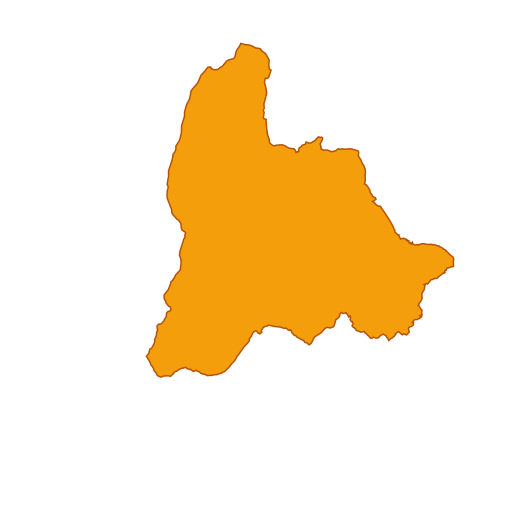 Viseu De Jos, Maramures, Romania, rotated 313°
{"feature_id": "2599482B83061776442061", "entity_name": "Viseu De Jos", "entity_type": "district", "adm_level": 2, "iso_a3": "ROU", "parent_name": "Romania", "parent_adm1": "Maramures", "projection": "natural_earth1", "projection_center": [24.351, 47.741], "detail": "fine", "context": "isolated", "style": "filled", "palette": "amber", "viewbox_px": 512, "rotation_deg": 313, "n_neighbors": 0, "source": "geoboundaries", "source_scale": "gbopen_adm2", "svg_char_len": 6159}
<svg xmlns="http://www.w3.org/2000/svg" viewBox="0 0 512 512"><g transform="rotate(313 256 256)"><path d="M383.1,407.6L385.9,404.6L388.5,402.8L389.6,400.8L389.2,396.8L389.6,390.4L389.0,388.4L388.7,385.6L388.1,384.2L388.2,383.2L387.2,381.8L386.4,379.6L385.9,379.2L384.9,377.4L384.3,377.2L384.2,376.2L383.4,375.7L383.2,375.1L382.0,374.4L379.8,371.1L379.6,370.4L378.1,369.0L375.7,367.7L375.5,367.2L374.6,367.1L374.5,366.4L374.0,365.8L372.4,365.0L372.2,363.6L371.5,362.1L370.9,361.7L372.6,361.3L372.8,361.0L371.3,361.0L370.7,360.6L370.8,359.6L370.5,359.3L370.8,359.3L370.5,358.6L370.7,357.7L370.3,356.3L371.1,356.9L370.6,354.1L370.1,353.5L370.0,352.6L369.3,351.6L367.0,350.0L368.4,346.4L368.9,346.3L368.1,345.0L368.4,343.3L368.1,341.9L368.3,341.2L369.7,339.7L369.7,338.8L370.9,336.5L373.1,330.0L375.4,320.9L376.6,315.1L377.2,313.3L377.0,312.6L376.4,312.1L375.6,310.6L375.5,307.2L375.9,306.0L375.3,304.0L379.3,305.1L380.0,303.6L379.0,300.9L380.0,298.6L380.2,296.7L381.8,294.2L383.0,290.2L383.3,288.2L383.0,287.6L383.1,286.7L382.7,286.2L385.6,284.5L390.2,280.1L391.3,279.5L393.7,277.0L395.7,273.1L396.1,270.8L398.0,266.6L398.5,264.2L399.0,263.0L399.4,262.3L402.0,260.3L402.5,259.0L402.3,258.2L401.6,257.5L400.7,255.1L398.8,252.0L394.6,248.0L393.1,245.9L391.2,244.5L390.5,243.0L387.5,242.6L384.1,240.3L383.5,239.7L383.3,238.6L382.0,235.7L379.5,233.3L379.3,232.2L378.6,231.0L378.7,230.7L380.8,228.2L381.6,226.5L386.7,225.1L387.8,224.0L387.7,223.0L386.7,222.2L385.8,220.6L385.4,220.3L381.2,220.4L376.2,219.1L375.3,218.4L374.3,217.1L373.6,214.9L371.4,215.9L368.5,214.2L367.0,214.5L364.4,213.9L362.5,215.0L361.8,215.9L361.3,216.0L360.9,215.9L360.5,215.0L359.1,214.7L360.2,212.3L360.4,210.6L359.5,209.8L357.2,206.1L356.8,204.7L356.5,202.4L355.2,199.3L351.6,195.9L348.8,193.9L348.3,192.9L347.9,189.4L348.4,188.4L350.4,185.8L352.3,182.3L353.8,180.1L358.8,174.2L360.6,172.6L360.9,171.7L362.9,170.4L361.7,167.8L362.7,166.7L366.7,163.9L367.1,162.5L368.0,161.8L369.9,161.1L372.7,157.9L374.9,156.9L382.1,152.9L383.2,151.8L385.9,148.3L388.8,143.7L392.1,141.6L393.4,143.0L395.0,143.5L402.2,140.3L401.9,138.3L402.2,137.7L404.4,135.1L408.2,132.1L410.1,126.5L410.5,124.1L410.0,120.3L410.5,118.0L409.9,116.6L408.0,114.0L406.9,110.0L405.9,107.5L403.3,104.1L401.1,99.9L398.6,100.8L393.5,101.5L391.4,102.3L387.8,104.5L386.3,105.1L385.0,104.9L380.6,102.2L378.6,101.6L371.3,102.0L370.0,101.4L366.4,100.8L364.0,98.7L362.6,96.1L362.9,95.3L362.6,94.9L363.2,94.1L362.5,92.9L361.1,92.0L356.4,92.5L350.8,92.5L343.0,95.3L332.7,95.8L326.0,100.1L319.1,102.1L312.3,105.7L309.5,108.4L300.6,112.7L294.8,117.7L289.2,120.8L287.0,121.5L282.1,122.3L278.9,124.9L276.8,125.6L273.7,126.0L272.2,127.2L268.2,129.6L258.7,133.9L254.8,137.6L247.8,142.1L246.6,144.8L242.4,147.1L237.8,151.5L232.3,162.8L230.1,165.2L229.5,167.2L229.0,173.3L229.5,175.0L229.1,175.7L228.6,178.7L224.7,183.4L224.6,184.6L225.2,188.2L224.9,188.7L222.9,189.6L221.3,191.3L219.5,191.5L207.6,197.2L204.4,199.4L202.7,202.8L201.8,204.0L199.3,206.4L194.1,210.1L186.9,210.2L184.5,211.1L182.3,211.3L181.7,211.6L180.5,211.7L179.8,211.3L179.3,211.3L177.1,212.6L171.6,214.8L165.0,215.3L162.6,217.4L161.6,219.4L161.4,221.0L160.4,222.0L159.7,226.3L160.2,227.7L159.4,230.0L157.0,230.6L155.5,229.6L153.8,229.3L151.9,230.5L150.6,231.7L147.3,232.2L146.0,232.9L142.3,232.9L141.2,232.7L140.0,231.5L139.2,231.2L137.2,231.4L134.4,234.7L133.0,235.1L129.1,237.8L125.9,238.7L124.6,240.1L122.5,241.2L117.8,242.5L115.6,241.9L113.0,243.1L111.8,244.0L109.1,244.1L107.7,244.5L107.8,244.8L106.5,249.6L104.6,253.8L104.5,255.8L104.0,257.4L103.2,258.5L102.5,260.2L102.4,262.9L101.5,264.3L101.5,266.2L102.3,268.6L102.9,269.3L105.0,270.2L106.2,271.2L108.7,273.7L109.6,275.5L114.1,275.9L114.4,275.5L115.6,275.5L118.0,276.7L120.3,277.0L123.6,278.5L124.5,279.0L124.7,279.6L125.3,279.7L126.7,280.7L126.6,281.5L126.9,283.2L127.5,284.2L127.6,284.6L128.5,285.5L128.6,286.0L128.8,288.9L129.4,289.4L131.6,290.0L131.5,290.8L132.5,293.4L132.6,295.5L133.6,298.0L134.5,299.1L135.4,302.1L138.1,304.5L138.8,305.5L140.2,306.0L142.3,308.1L147.8,311.0L149.3,311.2L149.8,311.8L155.5,312.1L160.8,311.7L164.8,311.8L168.1,311.2L169.1,310.6L171.3,310.6L181.1,309.2L186.4,309.3L189.8,308.8L191.2,307.5L194.1,307.3L198.0,306.0L200.4,306.5L201.2,306.9L201.4,309.4L201.0,310.4L201.7,311.1L201.5,311.6L201.7,311.9L204.4,312.1L204.7,311.0L205.2,310.6L208.8,310.1L210.6,310.7L212.2,311.9L213.4,312.0L214.1,312.4L216.9,317.3L220.8,322.5L222.3,326.0L223.3,326.8L223.9,327.6L223.8,329.4L224.0,330.4L224.8,330.8L224.8,331.5L225.5,331.8L224.3,335.2L224.1,337.8L224.8,339.8L224.6,341.5L225.1,342.8L225.4,344.6L226.5,348.0L226.6,349.0L226.1,350.4L226.5,351.3L227.1,352.1L227.2,355.4L229.5,355.9L233.2,355.1L234.2,354.5L237.1,354.1L244.2,356.0L250.0,355.8L252.3,356.6L254.1,359.5L257.0,360.8L258.7,360.5L264.2,357.7L265.2,358.2L268.5,358.3L271.1,356.9L272.9,356.9L273.3,358.6L274.0,359.4L276.0,360.7L275.6,361.7L275.5,363.1L274.6,365.4L276.4,365.8L275.6,367.0L273.6,368.2L273.0,370.4L273.6,370.8L273.0,372.9L272.6,373.3L270.8,373.6L270.3,374.2L270.2,375.8L270.6,377.3L270.1,379.6L270.2,380.7L271.1,382.5L271.7,384.5L274.7,386.8L274.1,387.9L274.5,389.0L274.2,391.3L274.3,392.7L274.0,396.0L275.2,396.9L276.6,397.2L278.0,400.0L278.8,400.7L279.6,401.2L283.0,401.3L285.5,402.3L286.3,405.0L285.4,409.0L284.7,410.7L287.2,410.8L288.8,411.5L290.1,411.5L291.3,411.9L294.0,411.5L294.2,411.1L297.9,411.6L298.0,416.2L298.2,416.7L299.8,417.0L301.0,420.0L304.9,419.9L306.9,417.1L307.5,416.6L308.8,416.7L309.8,417.4L311.7,418.1L312.7,418.1L313.6,417.6L313.9,416.7L314.7,416.6L314.3,415.4L317.7,415.4L319.3,417.1L321.5,418.0L324.4,418.6L324.1,416.6L326.2,417.7L327.1,416.2L329.1,414.8L329.1,414.2L329.7,413.9L329.6,413.6L329.9,411.6L330.6,409.5L330.4,408.3L331.8,408.1L332.5,407.5L334.9,407.5L337.7,406.7L338.8,405.9L341.6,402.8L346.0,402.0L349.8,399.6L349.7,398.4L350.9,399.2L351.8,399.1L352.6,400.6L358.1,400.2L359.4,401.3L360.7,401.5L362.3,403.0L363.5,403.7L365.7,403.6L369.0,404.3L371.2,404.5L372.0,404.7L371.7,405.1L372.5,405.5L372.9,405.5L373.9,404.2L375.3,404.3L375.6,404.8L377.5,403.9L378.3,404.4L378.7,405.1L381.0,405.9L381.7,406.7L382.1,406.7L383.1,407.6Z" fill="#f59e0b" stroke="#b45309" stroke-width="1.5"/></g></svg>